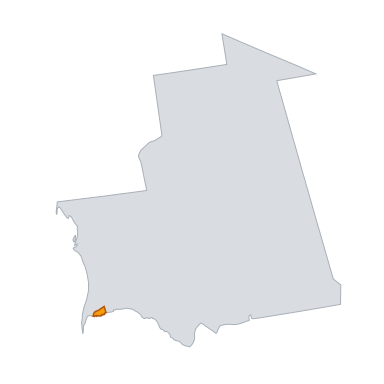 location of Rosso, Trarza, Mauritania, rotated 353°
{"feature_id": "47542326B77132653245300", "entity_name": "Rosso", "entity_type": "district", "adm_level": 2, "iso_a3": "MRT", "parent_name": "Mauritania", "parent_adm1": "Trarza", "projection": "albers", "projection_center": [-15.757, 16.661], "detail": "fine", "context": "in_parent", "style": "filled", "palette": "amber", "viewbox_px": 384, "rotation_deg": 353, "n_neighbors": 0, "source": "geoboundaries", "source_scale": "gbopen_adm2", "svg_char_len": 3913}
<svg xmlns="http://www.w3.org/2000/svg" viewBox="0 0 384 384"><g transform="rotate(353 192 192)"><path d="M166.8,343.9L166.2,343.7L163.7,342.0L162.5,339.9L160.5,338.4L157.7,337.4L155.9,336.2L155.1,334.9L154.0,334.0L153.0,333.5L152.8,333.0L153.1,332.4L152.8,331.1L151.2,328.4L149.7,327.2L148.4,327.4L147.7,327.1L147.2,326.5L147.0,325.6L146.1,324.8L144.6,324.5L143.4,322.5L142.4,318.7L141.2,315.8L139.7,313.8L138.7,313.0L137.9,312.9L137.6,312.5L137.4,311.9L136.3,311.7L134.7,312.4L133.3,312.2L132.5,311.2L131.6,311.1L130.3,311.9L128.9,311.7L127.4,310.4L126.6,309.1L126.4,307.7L123.8,305.1L118.7,301.2L113.3,299.4L107.3,299.7L104.0,299.5L103.3,298.9L102.6,299.0L101.8,299.7L101.0,299.8L100.2,299.4L99.7,299.7L99.5,300.8L97.4,301.3L93.5,301.3L90.3,301.9L87.8,303.1L84.4,303.7L79.9,303.5L77.2,303.0L76.3,302.3L75.0,302.2L73.3,302.5L71.9,304.5L70.5,308.0L69.4,310.0L68.6,310.5L67.7,313.1L67.1,317.5L66.3,319.4L66.4,308.5L67.7,304.4L68.1,300.8L70.8,292.9L74.1,286.4L77.1,277.8L78.3,269.4L77.9,261.2L77.0,253.9L75.5,249.1L74.1,242.2L71.9,238.5L68.0,235.3L67.2,233.4L68.1,232.7L70.5,232.2L72.0,229.7L68.8,230.7L72.5,223.0L73.7,217.8L73.5,214.4L74.2,212.3L71.4,207.7L69.2,201.9L68.1,201.0L66.9,200.5L66.8,201.9L66.2,203.1L64.8,202.4L62.4,198.2L59.0,191.3L57.9,190.6L56.9,191.5L56.2,192.4L55.1,198.1L54.7,195.9L55.2,193.2L56.1,189.9L57.1,185.4L60.0,185.4L65.2,185.4L75.7,185.4L80.9,185.4L91.4,185.4L96.6,185.4L107.1,185.4L112.3,185.3L122.8,185.2L128.0,185.2L138.5,185.1L143.7,185.0L147.2,184.9L147.0,181.7L146.8,179.1L146.5,175.7L146.2,172.3L146.0,168.8L145.7,165.6L145.5,162.4L145.2,159.4L145.0,156.7L144.7,155.1L143.6,152.0L143.3,150.5L143.6,148.8L144.3,147.3L146.3,144.4L149.3,142.2L152.8,139.7L155.5,137.7L156.9,137.2L161.1,136.5L164.4,135.0L167.6,133.5L168.9,132.7L169.0,130.1L167.9,71.6L183.7,71.3L187.8,71.2L216.9,70.4L221.0,70.3L242.1,69.6L242.0,66.9L241.9,62.9L241.7,57.5L241.5,52.1L241.1,42.6L241.0,38.6L245.2,41.1L253.8,46.1L258.0,48.6L266.6,53.6L275.1,58.6L283.7,63.5L288.0,66.0L292.3,68.4L296.6,70.9L301.0,73.4L309.6,78.3L313.2,80.3L318.8,83.7L324.0,86.7L329.3,89.8L321.5,90.3L311.0,90.8L303.9,91.2L296.5,91.5L289.7,91.9L290.5,97.3L291.4,103.3L292.4,109.3L293.3,115.3L294.2,121.3L297.0,139.2L297.9,145.2L298.8,151.2L299.8,157.2L300.7,163.3L302.6,175.3L303.5,181.3L304.4,187.3L305.4,193.3L306.3,199.3L307.3,205.4L309.2,217.4L310.1,223.4L311.1,229.5L312.0,235.5L313.0,241.5L314.0,247.6L314.9,253.6L315.9,259.6L317.8,271.7L318.8,277.7L319.7,283.7L320.7,289.8L321.7,295.6L324.6,298.6L328.3,302.3L327.6,307.8L326.7,314.4L325.7,321.6L315.9,322.1L306.4,322.6L282.4,323.7L277.6,323.9L253.6,324.8L248.8,325.0L239.5,325.3L236.8,325.2L235.8,324.7L235.3,321.0L234.5,321.3L233.5,322.4L233.1,323.6L233.3,325.1L233.2,326.4L230.1,327.0L226.0,328.0L221.6,328.8L217.2,328.7L215.7,328.4L214.0,328.0L210.5,327.6L208.6,327.6L206.4,327.8L203.8,328.1L203.0,328.8L201.1,331.6L199.3,334.9L198.0,334.9L196.6,333.2L192.7,329.9L188.0,325.7L185.8,323.6L184.7,323.3L182.5,324.9L180.7,326.5L178.8,328.6L177.9,330.7L177.2,333.1L177.0,335.9L176.3,339.2L174.7,341.8L172.9,343.9L171.5,344.9L170.9,345.4L166.8,343.9ZM70.4,225.0L68.9,227.4L68.3,226.5L68.0,224.9L69.4,222.7L70.0,221.5L71.1,221.1L70.4,225.0Z" fill="#d9dde1" stroke="#a8b0b8" stroke-width="1"/><path d="M78.8,303.2L79.4,303.4L80.0,303.7L80.3,303.4L80.7,303.2L80.9,303.0L81.2,303.0L81.9,303.0L82.1,303.0L82.3,303.6L82.8,303.3L83.0,303.2L83.6,303.3L84.1,303.5L84.8,303.6L85.6,303.8L86.1,303.9L86.9,303.8L87.4,303.6L87.5,303.0L87.6,302.6L88.7,302.9L89.4,303.0L89.9,302.9L90.3,302.7L90.2,302.3L90.2,301.8L90.7,301.5L91.2,301.4L91.5,301.4L91.8,301.2L92.0,301.1L90.8,294.9L90.3,295.2L89.4,295.6L88.1,296.3L87.6,296.5L87.2,296.7L86.9,296.8L85.9,297.4L85.2,297.8L83.7,298.3L83.0,298.5L81.7,298.9L81.3,298.9L81.3,299.1L81.1,299.3L80.9,299.4L80.7,299.5L80.4,299.7L80.1,300.0L79.6,300.8L79.2,301.6L79.0,302.2L78.9,302.6L78.8,303.2Z" fill="#f59e0b" stroke="#b45309" stroke-width="1.5"/></g></svg>